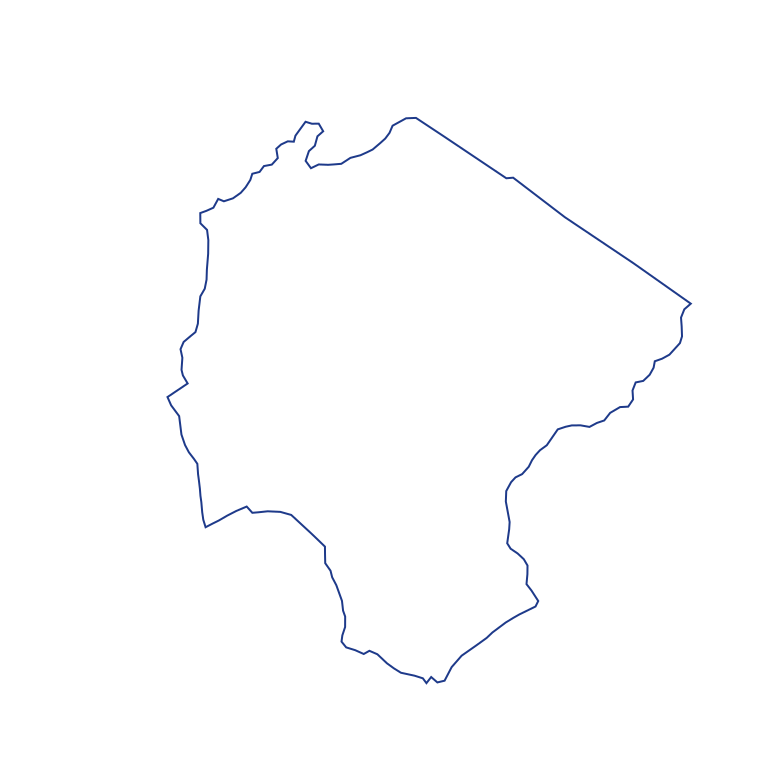 outline of Rolândia, Paraná, Brazil, rotated 32°
{"feature_id": "56859067B29627671403317", "entity_name": "Rolândia", "entity_type": "district", "adm_level": 2, "iso_a3": "BRA", "parent_name": "Brazil", "parent_adm1": "Paraná", "projection": "mercator", "projection_center": [-51.413, -23.281], "detail": "fine", "context": "isolated", "style": "outline", "palette": "blue", "viewbox_px": 768, "rotation_deg": 32, "n_neighbors": 0, "source": "geoboundaries", "source_scale": "gbopen_adm2", "svg_char_len": 2289}
<svg xmlns="http://www.w3.org/2000/svg" viewBox="0 0 768 768"><g transform="rotate(32 384 384)"><path d="M587.4,608.8L592.6,603.5L591.4,588.2L593.8,573.3L600.7,557.0L605.6,545.0L607.6,537.3L613.6,521.8L617.6,513.8L620.9,507.7L630.4,492.4L629.8,486.3L618.5,481.0L610.9,478.2L606.4,469.3L601.9,461.9L595.4,458.5L587.1,456.9L578.7,456.6L572.9,453.8L567.1,440.8L563.7,434.5L557.3,427.5L549.6,419.1L544.4,410.0L543.8,399.9L545.0,393.5L548.9,387.2L550.6,377.5L549.9,370.2L550.2,363.8L551.4,357.4L554.5,349.7L555.4,330.4L560.7,324.0L565.2,319.6L572.6,314.9L581.0,311.5L585.2,304.2L590.1,298.2L591.1,288.6L596.4,278.5L603.1,273.8L603.4,265.1L598.2,257.8L596.6,249.3L602.2,244.0L604.4,235.4L604.0,227.3L601.6,221.2L606.4,215.2L610.5,207.9L613.3,192.5L611.5,185.7L605.9,177.4L600.7,170.3L599.1,161.5L601.6,153.3L531.8,149.4L449.0,146.7L384.2,140.6L378.7,144.7L304.1,142.3L270.1,141.4L261.9,147.0L254.4,160.4L255.6,168.1L255.0,175.2L253.1,181.8L250.1,191.2L246.8,196.5L242.8,202.5L235.7,210.0L231.1,219.9L225.2,224.3L220.5,227.7L212.3,232.4L207.7,239.7L199.3,236.3L196.9,226.3L199.1,218.6L196.3,209.2L198.5,201.9L190.7,197.8L184.9,201.5L178.5,203.2L177.9,211.5L177.3,220.3L179.1,226.3L173.8,229.2L169.8,235.4L168.0,241.6L174.2,248.7L172.6,257.4L166.7,262.8L166.1,270.1L160.9,275.5L162.5,281.8L162.4,290.5L161.2,297.8L157.5,306.6L151.4,313.9L145.3,314.9L145.9,324.9L141.6,331.3L137.6,336.4L143.1,345.0L152.3,347.1L158.8,355.1L165.9,366.8L173.2,380.9L178.2,389.5L181.5,398.2L181.8,407.0L187.9,420.0L194.2,431.5L196.6,439.9L194.5,446.1L191.8,454.5L193.0,462.3L199.1,468.6L204.8,479.3L208.9,483.3L217.2,487.6L207.3,509.8L214.8,514.9L227.3,519.8L239.0,534.2L247.6,541.2L254.7,545.3L262.7,548.3L268.0,550.6L274.1,559.0L278.0,563.7L283.3,570.3L287.6,576.1L291.7,581.0L297.8,589.1L302.7,594.9L308.6,600.0L312.8,592.9L316.2,587.4L320.8,578.7L326.1,569.8L332.5,560.7L340.6,563.0L345.4,559.4L352.8,553.6L363.8,547.4L374.7,544.2L399.5,548.9L405.0,550.0L420.1,553.2L423.8,559.0L429.1,567.1L437.6,570.7L442.5,575.4L450.2,579.9L463.3,590.2L469.4,597.9L474.3,601.8L479.8,610.7L481.9,619.3L484.5,625.0L491.5,627.4L500.6,625.0L509.9,623.7L513.0,618.0L521.6,616.7L534.5,619.3L543.2,619.9L551.4,619.9L564.4,615.2L572.9,613.0L578.5,615.2L579.3,607.5L587.4,608.8Z" fill="none" stroke="#1e3a8a" stroke-width="2"/></g></svg>